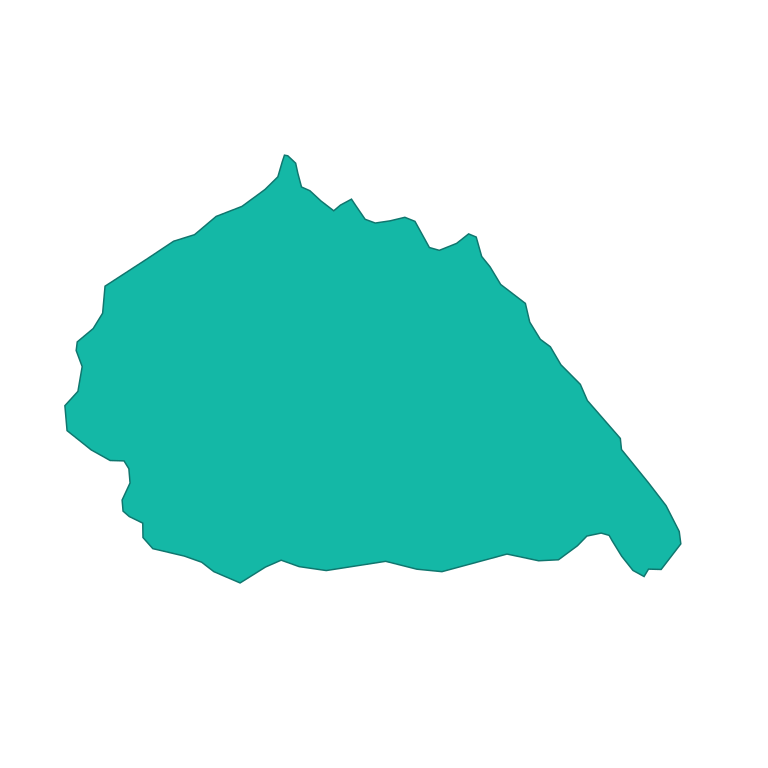 Vergara, Treinta y Tres, Uruguay (Natural Earth projection), rotated 7°
{"feature_id": "84410073B11484829939635", "entity_name": "Vergara", "entity_type": "district", "adm_level": 2, "iso_a3": "URY", "parent_name": "Uruguay", "parent_adm1": "Treinta y Tres", "projection": "natural_earth1", "projection_center": [-54.003, -32.979], "detail": "fine", "context": "isolated", "style": "filled", "palette": "teal", "viewbox_px": 768, "rotation_deg": 7, "n_neighbors": 0, "source": "geoboundaries", "source_scale": "gbopen_adm2", "svg_char_len": 1240}
<svg xmlns="http://www.w3.org/2000/svg" viewBox="0 0 768 768"><g transform="rotate(7 384 384)"><path d="M665.6,543.4L669.1,535.5L681.7,534.3L698.1,506.5L695.0,494.4L678.8,470.4L658.6,449.9L627.7,420.1L625.2,409.2L587.9,375.7L578.9,360.4L557.2,343.3L544.6,326.8L533.7,320.6L521.1,304.8L514.5,286.8L487.7,271.0L475.0,254.8L465.4,245.5L457.6,226.9L449.7,224.7L438.9,235.6L422.6,244.6L412.4,243.0L394.9,218.8L384.4,216.0L370.2,221.3L355.7,225.3L345.2,222.8L334.0,210.1L329.2,204.5L319.0,211.7L313.0,218.2L299.1,210.0L286.9,201.2L278.1,198.5L272.7,185.1L269.4,175.6L260.7,169.2L257.3,169.0L255.9,176.0L253.4,191.3L242.2,205.4L221.4,225.0L197.0,238.1L177.7,258.9L157.8,267.9L132.5,289.6L95.2,320.9L96.1,348.0L88.6,364.4L74.4,379.6L74.4,388.3L82.3,403.5L81.1,428.6L69.9,444.4L75.1,468.9L101.4,485.1L121.5,493.3L135.3,492.0L141.1,499.2L144.0,513.2L138.2,531.1L140.5,542.0L147.3,546.6L161.5,551.5L163.5,565.8L174.6,575.6L206.6,579.1L224.7,583.1L238.0,591.0L265.4,599.0L288.7,580.1L303.4,571.4L322.0,575.6L349.4,576.2L407.2,559.8L439.1,563.8L464.4,563.2L526.8,537.8L559.0,540.6L578.6,537.2L595.7,521.0L603.9,510.2L617.7,505.5L625.9,506.8L629.5,511.7L640.9,526.0L653.8,538.7L665.6,543.4Z" fill="#14b8a6" stroke="#0f766e" stroke-width="1.5"/></g></svg>